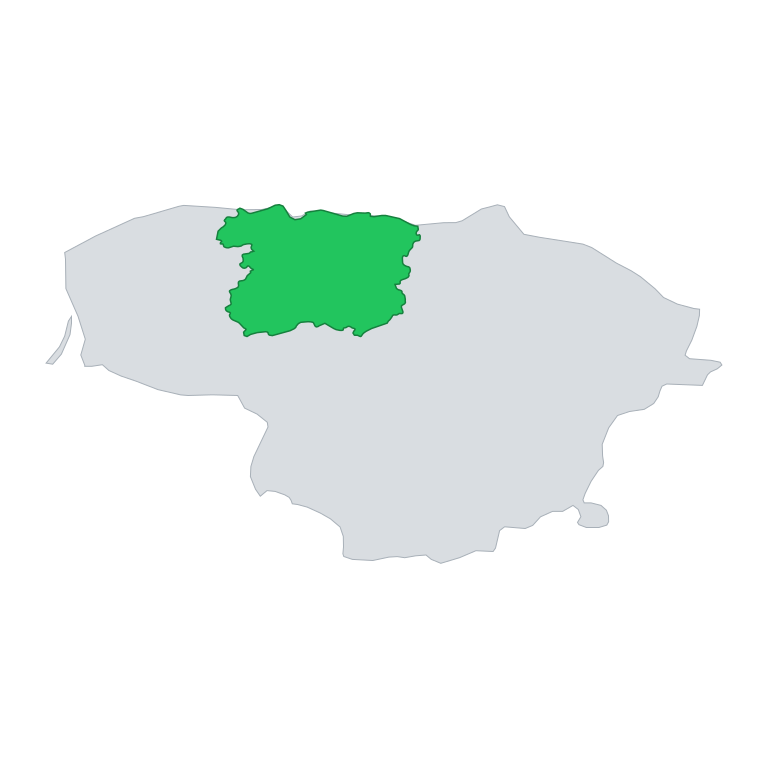 Šiauliai highlighted on a map of Lithuania
{"feature_id": "LTU-1072", "entity_name": "Šiauliai", "entity_type": "County", "adm_level": 1, "iso_a3": "LTU", "parent_name": "Lithuania", "parent_adm1": "", "projection": "equal_earth", "projection_center": [23.21, 55.943], "detail": "fine", "context": "in_parent", "style": "filled", "palette": "green", "viewbox_px": 768, "rotation_deg": 0, "n_neighbors": 0, "source": "natural_earth", "source_scale": "10m", "svg_char_len": 6091}
<svg xmlns="http://www.w3.org/2000/svg" viewBox="0 0 768 768"><path d="M260.3,496.2L255.5,489.2L250.4,476.6L250.9,466.5L253.9,456.5L268.0,427.0L267.3,422.3L257.1,414.1L244.6,408.1L237.7,395.5L212.3,394.8L188.2,395.5L180.7,394.9L157.9,389.6L135.9,381.1L121.2,376.1L108.9,370.5L102.4,364.7L91.8,366.3L84.7,366.3L84.8,365.3L80.8,355.0L85.3,339.2L78.0,316.2L65.9,288.6L65.5,259.1L64.7,252.5L95.6,236.0L134.5,218.3L143.3,216.7L178.9,206.3L183.7,205.4L215.7,207.4L240.8,209.8L262.0,209.5L273.7,206.9L284.3,209.1L292.7,217.0L301.5,216.0L310.2,211.0L357.6,215.6L368.4,215.5L380.4,216.2L402.7,221.0L415.6,225.3L443.7,222.7L455.8,222.6L462.1,220.8L481.4,209.0L489.7,206.9L497.4,204.8L504.5,206.6L509.3,216.8L523.9,234.3L539.6,237.3L582.9,244.1L591.8,247.6L616.4,263.1L631.2,270.8L640.6,276.8L655.1,288.8L663.5,297.5L677.4,304.1L693.7,308.5L699.6,309.2L699.4,315.5L696.9,326.3L691.8,340.2L686.4,351.0L685.1,355.2L689.5,358.7L710.9,360.3L720.1,362.2L721.9,365.0L717.3,368.8L710.5,371.9L707.5,374.8L702.4,385.4L666.7,384.0L662.0,386.2L659.9,391.1L658.2,396.8L653.7,403.5L644.3,409.3L629.5,411.5L617.5,415.5L608.7,427.8L602.2,444.3L602.6,456.0L603.6,462.6L602.9,466.4L598.4,470.4L591.1,481.3L585.2,493.3L582.9,499.8L584.2,502.9L591.1,502.9L601.0,505.4L606.4,510.2L608.5,515.8L608.6,521.8L606.8,525.1L598.9,527.5L586.4,527.5L579.0,524.7L577.5,522.4L580.9,516.7L578.3,509.5L573.0,505.4L562.6,511.4L552.5,511.4L540.5,516.8L532.7,525.4L525.2,528.5L504.6,526.8L499.6,530.6L495.5,548.1L493.1,551.5L475.9,550.7L459.5,557.7L440.8,563.3L431.3,559.4L426.0,555.0L415.8,555.8L404.7,557.7L397.3,556.6L388.9,557.1L372.8,560.5L352.4,559.4L343.8,556.5L342.9,553.8L343.5,546.9L343.3,536.4L340.1,527.0L330.4,518.8L320.2,513.0L307.2,507.1L297.6,504.5L292.3,503.8L291.1,500.4L289.2,497.4L284.7,494.8L275.1,491.4L267.0,490.6L260.3,496.2ZM52.7,364.2L46.1,363.1L59.5,346.8L64.7,336.1L68.4,321.1L71.5,316.4L71.5,323.2L70.0,334.6L61.4,354.1L52.7,364.2Z" fill="#d9dde1" stroke="#a8b0b8" stroke-width="1"/><path d="M279.3,204.7L283.0,206.1L285.7,210.1L289.8,217.0L294.9,219.7L300.7,218.8L306.4,214.6L305.4,213.1L307.5,212.2L320.7,210.1L323.2,210.5L330.9,212.7L342.7,216.1L346.8,216.3L353.7,213.5L357.3,212.8L365.2,213.1L368.3,212.7L369.3,213.0L370.3,213.9L370.4,215.0L370.3,215.8L370.4,216.3L374.0,216.7L381.8,215.5L385.6,215.5L387.1,215.8L399.6,218.6L410.4,224.4L414.2,225.8L417.7,226.3L417.8,226.3L418.1,228.4L418.3,229.1L418.1,230.0L417.2,230.9L416.4,232.0L416.1,233.3L416.6,234.8L417.5,235.2L418.1,235.2L418.9,234.9L419.4,234.8L420.0,235.4L420.2,236.4L420.1,238.6L419.9,239.7L419.1,240.5L415.6,241.1L414.5,241.7L413.7,242.4L413.0,243.7L412.7,244.7L412.7,246.1L412.4,247.4L409.8,250.1L408.8,251.6L408.0,254.4L407.5,255.5L406.7,256.3L406.1,256.3L405.5,256.2L404.8,255.8L404.2,255.6L403.7,255.7L403.1,256.0L402.8,256.5L402.5,257.1L402.4,257.8L402.4,258.7L402.6,262.4L402.8,263.4L403.4,264.4L404.6,265.4L405.8,266.0L407.1,266.5L408.2,266.7L409.2,267.2L409.9,268.0L410.3,270.2L410.1,271.6L409.2,273.1L408.7,273.7L409.0,275.8L408.0,277.3L405.5,278.6L402.4,279.6L400.9,280.3L400.1,281.4L400.1,282.2L400.2,283.1L399.8,283.7L399.4,284.0L395.0,284.4L396.5,288.5L398.4,289.8L399.6,290.0L401.1,290.6L401.7,291.1L402.0,291.7L401.9,292.4L402.3,293.4L404.1,294.9L404.7,295.8L405.3,299.3L405.2,300.4L405.4,302.5L404.8,303.6L403.7,304.4L402.5,305.0L401.5,305.8L401.4,307.3L402.9,311.6L402.9,312.8L402.2,313.5L401.1,313.6L400.0,313.5L399.0,313.6L397.4,314.7L396.3,315.0L393.8,314.9L392.7,315.4L391.7,317.2L390.0,319.6L388.7,320.8L388.2,321.3L387.2,323.1L371.6,328.5L366.3,331.2L364.1,332.7L362.9,333.8L361.2,336.2L360.5,336.5L359.5,336.2L357.7,335.3L354.4,335.2L353.0,333.0L353.3,332.3L353.8,331.2L354.5,330.4L355.1,329.4L354.9,328.8L354.3,328.5L352.1,327.9L350.6,326.8L349.4,326.4L348.5,326.3L347.7,326.5L347.2,326.8L346.7,327.1L346.1,327.5L345.4,327.7L344.0,327.9L343.6,328.2L343.4,328.6L343.3,329.4L343.1,330.0L342.0,330.4L340.0,330.4L336.1,329.6L333.7,328.5L324.9,323.3L319.1,325.8L318.1,326.5L316.6,326.9L315.5,326.5L314.8,325.6L313.8,323.4L313.3,322.6L312.5,322.2L310.4,321.8L307.9,321.7L300.8,322.3L298.4,323.6L296.3,326.0L295.9,327.1L295.2,327.9L294.2,328.7L290.1,330.7L272.3,335.6L269.4,335.1L268.6,334.5L268.2,333.6L268.0,332.6L267.2,332.0L265.7,331.7L257.2,332.6L250.6,334.4L247.0,336.5L244.2,335.5L243.6,332.2L246.0,329.6L245.8,328.9L245.0,328.4L243.8,327.9L239.5,323.3L238.3,322.3L233.0,320.0L231.4,318.9L230.6,317.9L229.7,316.3L229.5,315.4L229.6,314.6L230.1,313.9L230.4,313.0L229.9,312.4L227.5,311.6L226.2,310.6L225.7,309.7L225.5,308.9L225.5,307.7L229.1,305.5L230.1,305.1L231.0,304.3L231.1,303.2L230.5,300.9L230.3,299.7L230.5,298.5L230.9,297.2L231.2,295.3L230.8,294.0L229.5,291.7L229.6,290.8L231.1,289.8L232.4,289.4L233.9,289.1L235.3,288.7L236.9,287.9L238.1,287.1L238.6,285.7L238.3,283.1L238.5,282.0L239.4,281.1L241.2,280.8L242.8,280.6L244.5,280.0L245.6,279.0L247.3,275.6L250.7,272.7L250.3,271.2L251.7,270.5L253.2,269.9L253.3,269.5L252.7,269.1L251.5,268.6L250.6,267.9L249.3,266.4L248.4,265.9L247.5,266.1L247.0,266.7L246.5,267.4L245.6,267.9L244.4,268.2L243.0,268.0L241.9,267.2L240.3,265.7L239.9,264.7L239.9,264.0L240.5,263.5L242.1,262.6L242.7,262.0L243.2,261.4L243.2,260.2L243.1,258.4L242.2,256.2L242.3,255.0L243.4,254.2L248.8,253.4L249.3,253.2L249.8,252.9L250.3,252.2L250.5,252.0L251.9,251.8L253.8,251.2L251.9,249.6L251.4,248.7L251.1,247.5L251.4,246.4L251.8,245.4L251.8,244.6L251.0,244.0L249.5,243.7L246.9,243.9L243.5,244.6L242.3,245.2L241.4,245.9L239.9,246.3L237.9,246.6L233.5,246.2L228.6,247.8L227.0,247.8L225.4,247.4L224.0,246.7L223.5,245.6L223.3,244.6L222.8,244.0L222.0,243.9L221.0,244.0L220.4,243.7L220.5,242.7L221.7,241.3L221.3,240.7L220.7,240.3L216.5,239.3L218.1,231.2L221.3,228.0L223.2,226.8L225.1,225.0L225.8,223.5L225.7,222.3L224.5,221.1L224.3,220.6L224.7,219.8L225.6,218.9L226.5,217.5L227.8,217.0L229.2,217.0L232.3,217.6L233.9,217.6L235.5,217.4L237.1,216.5L238.0,215.4L238.6,214.2L238.6,213.0L238.0,211.9L237.3,211.1L237.0,210.2L237.5,209.5L238.4,209.1L239.9,208.2L242.9,209.3L247.9,212.9L249.9,213.5L251.6,213.3L267.7,208.8L271.9,206.8L275.2,205.2L279.3,204.7Z" fill="#22c55e" stroke="#15803d" stroke-width="1.5"/></svg>